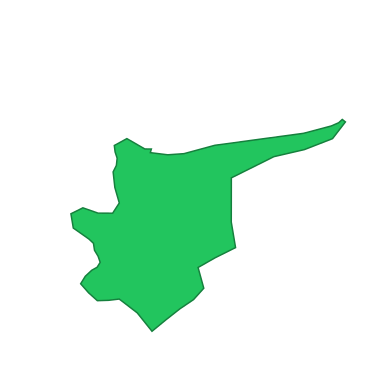 an SVG outline of Biləsuvar, rotated 123°
{"feature_id": "AZE-1698", "entity_name": "Biləsuvar", "entity_type": "District", "adm_level": 1, "iso_a3": "AZE", "parent_name": "Azerbaijan", "parent_adm1": "", "projection": "natural_earth1", "projection_center": [48.455, 39.509], "detail": "fine", "context": "isolated", "style": "filled", "palette": "green", "viewbox_px": 384, "rotation_deg": 123, "n_neighbors": 0, "source": "natural_earth", "source_scale": "10m", "svg_char_len": 799}
<svg xmlns="http://www.w3.org/2000/svg" viewBox="0 0 384 384"><g transform="rotate(123 192 192)"><path d="M178.1,249.5L181.7,248.4L174.0,232.6L164.2,219.6L140.4,198.3L82.0,130.4L60.8,111.2L54.0,106.7L49.3,105.5L49.3,105.4L49.7,101.5L70.7,103.2L95.2,120.8L117.8,142.6L158.7,166.7L195.8,142.7L214.9,125.2L234.6,136.8L252.0,145.8L266.3,129.7L281.4,132.1L296.5,138.5L313.5,144.3L330.6,149.7L323.2,172.1L321.4,194.7L328.3,203.0L334.7,212.2L332.9,223.7L329.6,235.4L320.8,235.6L312.3,233.5L306.8,230.6L301.0,230.7L297.0,235.8L294.0,242.0L288.7,246.7L287.6,252.9L286.9,271.9L276.2,281.7L264.7,274.9L260.9,259.3L253.0,247.0L240.8,247.0L230.2,259.2L218.1,269.1L210.9,269.9L204.4,273.2L200.3,278.3L195.3,282.5L182.7,275.7L181.6,255.0L178.1,249.5Z" fill="#22c55e" stroke="#15803d" stroke-width="1.5"/></g></svg>